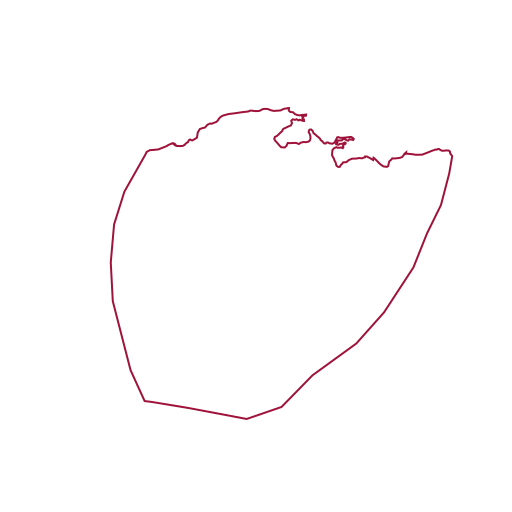 Hurghada 2, Al Bahr al Ahmar, Egypt (Mercator projection), rotated 296°
{"feature_id": "37247803B98457599359411", "entity_name": "Hurghada 2", "entity_type": "district", "adm_level": 2, "iso_a3": "EGY", "parent_name": "Egypt", "parent_adm1": "Al Bahr al Ahmar", "projection": "mercator", "projection_center": [33.498, 27.742], "detail": "fine", "context": "isolated", "style": "outline", "palette": "rose", "viewbox_px": 512, "rotation_deg": 296, "n_neighbors": 0, "source": "geoboundaries", "source_scale": "gbopen_adm2", "svg_char_len": 3678}
<svg xmlns="http://www.w3.org/2000/svg" viewBox="0 0 512 512"><g transform="rotate(296 256 256)"><path d="M431.7,388.6L432.5,387.2L433.4,385.5L434.9,384.5L435.2,383.5L435.1,382.5L435.0,382.4L434.3,380.7L433.1,378.9L432.1,376.9L432.2,374.5L432.3,374.1L432.4,373.6L432.1,372.8L430.8,371.8L430.5,370.8L429.3,369.7L428.4,368.7L425.7,366.2L425.4,366.0L419.9,360.9L417.0,355.2L416.2,352.3L416.1,352.2L414.1,346.7L413.6,346.0L414.9,345.5L412.5,344.5L411.5,344.6L409.0,343.9L408.4,343.4L407.2,342.2L404.5,338.0L403.5,335.7L403.3,335.7L402.4,335.5L399.5,334.3L397.0,334.8L396.1,335.0L395.0,335.4L393.5,334.6L393.4,334.4L392.4,331.2L392.8,328.3L393.3,326.4L394.0,324.5L395.6,319.8L395.8,318.6L393.6,319.2L394.0,314.9L394.0,312.1L393.4,310.5L392.5,310.7L391.8,309.8L390.3,308.5L389.2,305.6L387.7,303.7L385.6,299.7L382.8,297.3L380.0,296.1L378.3,293.2L376.9,293.1L375.3,292.4L372.8,292.2L372.1,290.8L372.4,288.8L373.4,287.9L374.0,287.4L375.1,286.4L376.3,284.6L377.5,283.5L379.4,280.8L380.2,280.0L383.0,278.9L384.7,278.3L386.9,278.8L389.1,280.5L389.0,281.7L389.7,283.2L390.9,285.0L390.9,286.7L391.9,286.9L392.4,286.5L393.0,285.9L394.0,285.9L396.3,287.3L397.0,286.8L396.9,286.0L394.9,284.6L393.5,282.2L392.0,281.3L391.6,279.0L392.1,278.7L393.1,279.4L393.9,279.4L394.0,278.6L394.3,278.2L395.6,278.4L396.3,280.2L397.5,282.4L399.2,282.9L400.1,284.9L399.7,286.6L400.1,288.3L401.9,288.8L402.9,292.5L404.1,292.5L404.6,290.8L404.7,289.3L403.8,287.7L402.7,286.1L400.4,282.4L399.1,279.8L398.9,277.7L398.1,276.9L397.1,277.0L394.4,276.9L392.2,276.8L390.2,275.2L390.0,274.0L389.5,272.8L389.6,271.0L388.9,269.6L387.6,269.3L387.1,267.9L387.5,266.6L388.2,265.3L388.5,263.4L389.5,262.1L390.3,259.6L390.5,258.2L391.1,256.5L391.6,253.9L393.1,252.3L393.9,250.2L393.1,248.8L391.9,248.6L390.5,249.0L389.4,250.6L387.6,252.3L385.6,253.4L383.4,253.8L381.9,253.1L380.1,250.9L379.4,248.9L377.5,246.6L375.4,245.4L375.3,243.4L375.1,242.3L374.0,240.0L372.2,236.9L371.6,235.1L370.6,235.0L368.5,235.1L368.2,235.1L366.1,234.2L364.8,231.0L365.4,229.1L366.2,227.3L367.2,225.1L367.9,223.0L369.3,221.0L371.0,220.9L371.4,220.8L372.9,222.1L375.1,223.0L377.7,223.9L379.5,224.7L381.4,224.6L382.5,225.0L383.4,225.8L386.5,228.2L388.6,230.1L391.2,230.1L392.2,229.1L393.1,228.4L394.9,229.1L395.6,231.6L396.7,232.5L396.5,234.7L397.6,235.5L398.0,238.8L398.4,239.9L399.6,239.3L399.2,238.6L400.2,237.3L401.3,237.7L401.5,237.7L402.2,237.5L401.7,236.5L402.0,236.0L403.1,236.6L403.6,238.7L404.1,239.4L405.1,239.0L404.3,237.8L403.7,236.9L402.9,235.4L401.5,233.6L400.8,231.3L400.6,228.8L400.8,228.0L401.2,227.1L401.4,226.5L401.2,225.6L400.5,223.7L401.0,221.9L401.7,221.3L403.4,220.8L402.9,219.8L402.2,219.0L400.7,216.8L399.7,215.9L397.5,214.1L395.8,211.2L394.3,208.6L393.7,206.4L393.4,204.2L393.3,202.2L392.1,199.4L391.0,197.7L388.0,195.5L387.2,194.3L385.9,191.8L384.9,188.8L384.1,187.0L382.7,185.9L381.5,184.2L379.6,181.1L375.0,174.4L371.7,169.3L368.1,165.1L366.2,163.6L363.8,162.6L360.7,162.2L359.0,161.5L357.5,160.0L355.7,158.4L355.4,158.2L355.0,156.7L352.7,154.8L349.2,153.9L347.6,152.0L345.6,149.9L341.5,149.5L338.6,150.4L336.3,151.0L334.0,149.5L331.9,148.0L331.8,147.0L331.8,145.6L330.5,144.9L328.7,145.0L327.3,144.1L326.2,143.5L324.9,143.3L322.8,141.9L321.5,139.5L320.0,136.2L320.1,134.9L320.3,133.7L321.0,134.3L321.2,133.7L321.0,131.7L317.3,128.5L315.7,127.6L313.6,125.7L309.0,121.5L306.2,117.0L304.6,114.2L301.6,112.1L298.9,112.1L298.4,112.1L256.2,109.5L222.2,114.6L186.5,128.3L152.6,147.1L98.4,193.3L76.8,219.5L79.0,225.9L89.6,261.3L105.0,317.5L105.4,318.9L105.4,319.0L131.5,345.1L173.6,359.1L221.3,384.5L261.5,395.8L314.7,402.5L351.2,399.8L382.9,399.9L414.8,393.5L431.7,388.6Z" fill="none" stroke="#9f1239" stroke-width="2"/></g></svg>